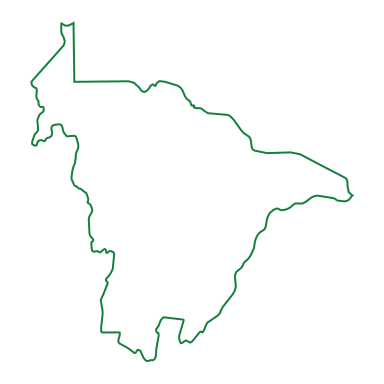 outline of Mashonaland Central
{"feature_id": "ZWE-524", "entity_name": "Mashonaland Central", "entity_type": "Province", "adm_level": 1, "iso_a3": "ZWE", "parent_name": "Zimbabwe", "parent_adm1": "", "projection": "equal_earth", "projection_center": [30.9, -16.688], "detail": "fine", "context": "isolated", "style": "outline", "palette": "green", "viewbox_px": 384, "rotation_deg": 0, "n_neighbors": 0, "source": "natural_earth", "source_scale": "10m", "svg_char_len": 5193}
<svg xmlns="http://www.w3.org/2000/svg" viewBox="0 0 384 384"><path d="M61.5,23.5L65.3,25.7L68.8,25.5L73.5,23.0L73.7,36.1L73.9,51.4L74.2,70.6L74.3,81.8L87.7,81.7L96.3,81.6L115.8,81.4L128.7,81.3L134.0,82.8L138.9,87.2L140.8,89.8L142.6,91.6L144.6,92.0L147.2,90.4L148.6,88.9L150.8,85.6L152.6,84.4L153.6,84.8L154.6,85.7L155.5,85.8L156.4,83.5L159.4,81.1L164.7,81.7L176.9,85.4L179.1,86.5L181.1,88.3L182.8,91.1L185.1,96.5L186.6,98.8L188.9,100.4L190.1,101.5L190.6,103.0L191.0,104.5L191.7,105.6L192.1,105.7L193.1,105.4L193.6,105.3L194.1,105.7L194.1,106.5L193.9,107.2L194.2,107.7L196.5,108.1L199.1,108.1L201.5,108.6L203.3,110.2L207.9,113.2L227.8,114.9L230.8,116.7L234.0,120.2L241.3,130.4L243.6,133.0L248.6,136.4L250.0,137.9L251.0,140.8L251.6,146.9L252.7,149.4L254.6,150.6L267.0,153.1L290.6,152.4L300.0,154.2L312.3,160.7L331.2,170.6L345.5,178.0L346.8,179.6L347.4,181.9L347.5,185.6L348.6,192.0L351.8,195.1L352.5,195.5L352.0,195.9L348.9,199.8L346.8,200.9L344.6,201.4L337.7,200.6L336.7,200.1L334.7,198.7L333.6,198.2L317.5,195.6L314.5,196.1L311.4,197.5L305.7,201.9L302.6,203.4L301.0,203.6L296.1,203.4L294.8,203.8L293.7,204.4L291.7,206.2L289.5,207.9L286.7,209.2L283.9,210.0L281.4,210.2L280.3,209.9L278.3,208.8L277.2,208.5L275.5,208.9L273.5,209.9L270.2,212.6L268.9,214.4L267.8,216.7L267.0,219.3L265.6,226.9L265.0,228.5L263.9,229.8L260.0,232.3L258.3,234.2L256.7,236.6L255.6,239.4L254.8,242.3L254.1,247.6L253.5,249.2L250.8,255.0L249.2,257.6L247.3,259.8L245.0,261.6L244.3,262.3L243.6,263.3L242.6,265.8L242.0,266.9L240.6,268.5L237.6,270.8L236.2,272.1L235.2,274.5L235.0,277.4L235.2,280.4L235.6,283.0L235.7,287.4L234.6,291.0L232.7,294.3L222.5,307.3L220.5,311.3L220.2,312.7L218.1,315.3L207.2,322.8L206.7,323.7L205.4,326.5L204.2,329.6L203.5,331.1L202.6,332.3L201.9,332.1L201.2,331.7L200.4,331.6L199.2,332.8L192.9,340.6L191.6,341.9L190.3,342.6L186.2,340.5L184.8,341.1L182.2,342.9L181.0,343.2L180.2,341.9L179.6,340.4L179.2,338.7L179.1,337.0L179.3,335.3L183.3,321.8L183.6,320.8L183.5,319.8L182.5,319.5L163.7,317.3L162.2,318.4L160.6,320.5L158.7,325.6L156.2,329.3L156.0,330.2L156.7,332.3L157.5,332.9L158.3,333.0L158.6,334.3L158.7,335.6L156.3,349.0L155.9,355.9L155.0,358.4L154.2,359.5L153.4,360.0L152.7,360.2L150.5,360.1L149.3,360.7L147.9,361.0L146.7,360.9L146.1,360.7L145.5,360.2L143.6,357.9L140.3,350.8L138.1,349.8L137.3,350.3L136.6,351.2L136.1,352.2L135.2,353.0L134.5,353.0L133.7,352.5L132.1,351.1L126.5,347.2L119.9,343.7L118.8,342.8L118.4,341.8L118.4,340.3L118.6,339.2L119.5,336.0L119.9,333.3L119.7,332.6L119.0,332.4L102.3,332.5L101.8,332.2L101.2,331.5L101.1,327.7L102.6,314.4L102.6,312.2L102.4,309.6L100.8,300.5L101.0,299.4L101.3,298.6L103.0,295.2L107.4,284.1L107.6,283.3L107.6,282.5L107.1,281.7L106.5,281.1L106.1,280.5L105.9,279.7L106.3,278.9L106.8,278.2L107.3,277.7L109.1,275.5L110.6,273.2L112.1,270.5L112.4,269.8L112.8,268.3L114.1,255.0L114.1,254.0L114.0,253.1L113.4,252.3L112.7,251.9L111.3,251.3L110.6,251.1L109.9,251.0L109.3,251.3L108.7,251.6L107.8,252.5L107.2,252.9L106.7,252.9L106.2,252.3L106.0,250.8L105.7,249.7L105.0,249.1L104.4,249.2L103.7,249.5L102.2,250.7L100.7,252.1L100.2,252.4L99.6,252.3L99.0,252.0L98.5,251.6L97.9,251.3L97.2,251.2L94.2,251.6L93.5,251.6L92.8,251.4L92.3,250.9L92.0,250.2L91.5,247.0L91.4,242.8L91.4,242.2L91.9,241.8L92.3,241.5L92.8,241.1L93.2,240.6L93.2,239.8L92.8,239.0L92.4,238.4L90.5,236.3L90.1,235.7L89.8,235.0L89.5,233.7L88.8,219.6L88.9,218.6L89.1,217.7L89.3,216.8L89.6,216.1L91.4,213.0L92.1,211.4L92.2,210.5L92.1,209.3L91.8,207.9L91.0,205.9L90.4,204.8L89.8,204.1L89.2,203.7L88.6,203.3L88.0,202.9L87.6,202.4L87.8,201.5L88.0,200.8L88.3,199.8L88.2,198.7L86.4,193.4L86.1,192.9L85.8,192.7L84.8,192.1L80.9,189.1L80.3,188.8L78.9,188.5L78.3,188.1L77.3,187.2L76.8,186.7L74.8,185.7L74.3,185.3L73.9,184.5L73.0,182.2L71.8,179.8L71.6,178.8L71.5,177.4L72.4,170.6L73.4,166.9L73.7,166.1L74.4,164.7L74.9,163.1L75.7,158.1L75.9,154.0L76.1,153.4L76.5,152.0L78.1,148.4L78.3,147.5L78.3,146.1L78.2,144.3L77.3,140.8L76.7,138.8L75.8,136.6L75.0,136.0L74.1,135.8L67.3,136.3L66.7,136.1L66.2,135.8L65.9,135.4L63.7,132.3L63.3,131.3L62.3,127.0L61.8,125.7L61.2,124.9L60.5,124.6L58.9,124.3L58.1,124.3L53.8,125.0L52.6,125.7L52.1,126.2L51.7,126.8L51.5,127.6L51.4,128.5L51.5,129.4L52.1,132.6L52.1,133.7L51.9,134.5L51.7,135.2L51.3,135.9L50.9,136.4L50.4,136.9L49.8,137.2L47.2,138.0L46.6,138.4L46.1,138.9L45.4,140.2L45.0,140.7L44.5,141.1L43.8,141.0L41.2,140.1L40.5,140.2L39.8,140.3L38.6,140.9L38.1,141.4L37.7,142.0L37.4,142.7L36.9,144.4L36.6,145.1L36.2,145.5L35.5,145.6L34.8,145.5L33.5,145.0L32.9,144.6L32.3,144.2L32.1,143.3L32.2,141.7L34.2,135.6L35.0,134.1L35.6,133.3L37.1,132.0L37.5,131.4L37.8,130.4L38.0,129.1L38.0,126.9L37.4,121.7L37.4,120.7L37.6,119.4L38.0,118.0L39.5,114.9L40.0,114.2L43.2,111.6L43.5,110.9L43.8,109.9L43.7,108.3L43.4,107.4L42.9,106.9L42.2,106.9L41.6,107.0L40.9,107.0L40.3,106.8L39.8,106.4L39.4,105.9L38.7,104.6L38.5,103.7L38.5,102.8L38.6,101.9L38.5,101.3L38.3,100.9L37.5,99.9L37.2,99.3L36.8,98.6L36.6,97.9L36.3,96.1L36.4,94.8L36.9,90.5L36.7,89.2L36.3,88.3L33.8,87.0L33.3,86.7L32.4,85.6L32.0,85.0L31.7,84.2L31.5,83.4L31.5,82.5L31.5,81.9L31.8,81.5L32.2,80.8L63.4,45.7L64.3,43.7L64.8,41.4L63.8,37.9L63.2,36.3L61.8,34.1L61.3,31.8L61.2,25.3L61.5,23.5Z" fill="none" stroke="#15803d" stroke-width="2"/></svg>